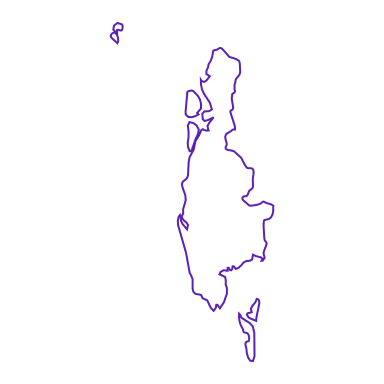 the Province of Phangnga
{"feature_id": "THA-378", "entity_name": "Phangnga", "entity_type": "Province", "adm_level": 1, "iso_a3": "THA", "parent_name": "Thailand", "parent_adm1": "", "projection": "natural_earth1", "projection_center": [98.43, 8.688], "detail": "fine", "context": "isolated", "style": "outline", "palette": "violet", "viewbox_px": 384, "rotation_deg": 0, "n_neighbors": 0, "source": "natural_earth", "source_scale": "10m", "svg_char_len": 4615}
<svg xmlns="http://www.w3.org/2000/svg" viewBox="0 0 384 384"><path d="M261.5,260.8L262.6,258.5L260.1,257.1L256.1,256.2L253.0,254.7L252.1,259.5L249.6,260.8L246.3,261.0L243.4,262.7L241.5,265.1L238.6,267.8L235.7,268.9L233.9,266.3L232.6,266.3L232.3,268.9L231.3,270.3L230.1,270.1L228.8,267.9L227.6,267.9L227.6,270.8L223.7,270.2L220.5,272.0L219.4,274.3L225.1,276.9L225.8,280.5L225.7,284.6L226.9,287.9L226.9,293.7L223.8,302.5L219.9,308.3L217.4,304.8L216.3,304.8L216.1,306.8L215.6,308.2L213.6,310.8L210.7,307.8L207.3,300.4L202.5,298.2L201.9,296.7L201.2,295.1L199.0,294.4L197.0,294.2L195.5,293.8L194.3,292.9L193.3,291.6L192.6,288.4L192.6,279.2L191.4,276.1L189.7,272.9L186.0,252.7L178.1,225.2L177.8,220.5L178.7,216.7L180.0,215.0L180.6,217.0L181.1,221.1L182.5,223.9L187.0,229.4L188.0,225.1L186.4,222.5L183.8,220.4L181.9,217.7L181.8,216.3L182.3,215.2L182.9,214.3L183.2,213.4L183.1,209.9L183.2,208.9L185.2,202.2L185.7,200.1L185.3,195.3L182.4,186.9L181.9,183.9L182.7,181.9L184.0,180.7L185.5,179.6L187.0,178.0L187.6,176.6L188.0,175.2L188.7,161.8L189.6,157.1L193.7,149.7L195.4,141.2L199.0,135.4L201.3,130.2L202.9,129.2L203.5,129.7L206.3,130.6L208.6,130.5L208.0,128.5L207.5,125.8L209.3,122.8L213.6,117.3L208.1,120.0L204.6,121.0L202.8,119.3L202.3,113.7L204.5,111.4L209.0,111.2L211.9,109.4L209.8,102.6L204.4,94.4L202.0,89.5L201.0,84.2L200.9,79.8L201.7,81.1L204.1,81.9L205.6,81.2L207.1,79.7L209.8,76.1L206.4,74.1L206.4,70.8L208.1,67.2L208.6,64.3L210.8,60.7L212.2,56.7L213.3,50.6L215.7,50.0L217.2,49.5L218.8,48.5L219.7,48.1L220.2,48.0L220.8,48.0L222.1,48.8L223.5,50.2L229.3,56.9L235.8,58.9L238.9,60.8L239.4,61.9L239.8,63.6L240.2,71.5L240.1,72.4L239.8,73.8L239.5,74.5L238.0,76.7L236.6,78.1L236.2,78.7L235.9,79.3L235.7,80.0L235.5,80.7L235.3,82.4L235.1,83.1L234.8,83.8L234.6,84.6L234.4,85.6L234.6,87.0L234.5,88.0L234.6,89.9L235.0,91.1L234.7,92.2L234.2,92.8L232.9,93.5L232.4,93.9L232.1,94.6L232.1,96.3L231.8,97.8L231.8,99.1L233.1,107.0L233.1,108.4L232.8,109.1L232.4,109.6L231.8,110.0L231.2,110.2L230.7,110.6L230.4,111.3L230.4,112.0L230.6,112.9L234.6,125.3L235.1,128.0L235.0,129.5L234.3,129.5L233.7,129.4L233.1,129.5L232.5,129.8L232.0,130.2L231.1,131.0L228.9,132.4L227.2,133.3L226.7,133.7L226.2,134.2L225.9,134.7L225.4,136.2L225.2,137.0L225.4,138.3L225.7,139.9L226.6,142.8L226.7,144.2L226.6,145.2L225.7,147.0L225.6,147.8L225.7,148.5L226.1,149.2L228.3,150.0L232.1,150.7L233.5,151.1L234.1,151.4L241.0,157.6L241.7,158.7L242.9,161.2L245.4,165.8L246.4,167.1L247.2,167.9L248.5,168.2L250.9,168.2L251.6,168.4L252.3,168.6L252.8,169.1L253.3,170.0L253.6,171.8L253.6,173.0L252.8,179.1L252.8,180.9L253.0,185.4L253.0,186.3L252.8,187.1L252.6,187.7L252.2,188.3L251.8,188.8L249.8,190.4L249.3,190.8L249.0,191.4L247.6,194.8L247.2,195.4L246.8,195.8L246.2,196.1L244.0,196.4L243.4,196.6L242.9,197.0L242.5,197.6L242.4,198.3L242.5,199.1L243.0,200.0L248.9,205.2L249.4,205.5L250.6,205.7L252.1,205.6L257.0,204.8L258.8,204.3L260.1,203.8L261.2,203.1L262.2,202.3L262.7,201.9L263.2,201.6L263.8,201.6L265.5,202.6L267.3,203.3L270.8,204.2L273.3,205.7L273.2,211.0L272.6,214.2L271.6,216.3L270.9,217.3L270.3,218.1L269.2,218.8L267.9,219.2L265.1,219.9L264.5,220.1L264.0,220.5L263.7,222.6L263.6,226.1L264.3,238.1L264.7,240.3L265.1,240.8L265.9,241.8L266.3,242.4L266.6,243.0L266.4,244.4L265.8,246.4L264.2,250.5L263.6,252.5L263.8,254.8L264.5,256.6L264.5,257.4L264.5,258.1L262.6,260.7L261.5,260.8L261.5,260.8ZM241.3,317.6L249.9,323.2L252.8,326.6L254.3,332.8L254.5,356.2L253.0,361.0L250.2,360.7L248.1,357.5L246.9,353.3L246.3,348.1L245.4,345.0L245.5,343.2L246.4,341.7L247.6,341.5L248.7,341.1L249.2,338.8L249.1,336.9L248.6,335.0L247.6,333.4L246.0,332.8L244.0,332.3L243.3,331.1L243.0,329.4L240.6,324.9L239.5,321.2L239.0,317.2L239.1,313.7L239.9,314.5L240.5,315.4L241.3,317.6ZM195.9,93.7L198.2,96.3L200.0,99.7L201.0,103.8L201.0,108.5L197.1,113.0L198.5,114.4L195.7,116.0L192.0,117.2L188.3,117.0L185.7,114.4L185.6,111.4L187.2,94.0L187.1,92.6L187.6,91.7L189.5,90.9L191.8,90.5L193.4,91.2L195.9,93.7ZM194.6,124.0L196.6,125.5L198.8,129.6L198.0,134.0L195.6,139.0L191.3,151.4L189.6,151.1L188.0,146.9L187.7,142.5L188.5,137.9L188.6,132.2L187.9,125.6L189.5,122.1L192.9,122.9L194.6,124.0ZM259.3,303.4L256.3,318.2L256.2,320.9L250.0,318.3L248.6,317.4L246.8,314.6L247.6,313.3L251.7,312.2L250.9,308.6L252.7,305.5L255.3,302.3L256.8,298.9L258.3,299.4L259.0,300.3L259.2,301.6L259.3,303.4ZM117.1,33.3L113.3,29.7L114.0,25.6L117.5,23.0L121.8,24.3L122.6,25.6L122.7,27.3L122.3,29.1L121.7,30.4L120.3,30.5L118.4,29.7L117.1,30.0L117.1,33.3ZM117.4,43.2L111.6,37.9L110.7,36.2L111.1,34.6L112.2,33.4L113.6,32.7L114.8,32.6L116.8,34.4L118.0,37.5L118.2,40.9L117.4,43.2Z" fill="none" stroke="#5b21b6" stroke-width="2"/></svg>